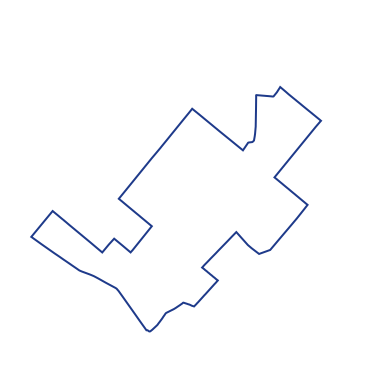 Curcani, Calarasi, Romania, rotated 38°
{"feature_id": "2599482B18753621764646", "entity_name": "Curcani", "entity_type": "district", "adm_level": 2, "iso_a3": "ROU", "parent_name": "Romania", "parent_adm1": "Calarasi", "projection": "mercator", "projection_center": [26.714, 44.275], "detail": "fine", "context": "isolated", "style": "outline", "palette": "blue", "viewbox_px": 384, "rotation_deg": 38, "n_neighbors": 0, "source": "geoboundaries", "source_scale": "gbopen_adm2", "svg_char_len": 2876}
<svg xmlns="http://www.w3.org/2000/svg" viewBox="0 0 384 384"><g transform="rotate(38 192 192)"><path d="M93.0,326.3L105.4,325.8L121.3,325.0L127.1,324.6L132.8,324.3L148.9,323.3L151.1,323.2L152.2,323.0L154.4,322.4L162.2,319.9L164.7,319.2L166.6,318.7L171.1,317.9L179.7,316.6L190.8,314.7L192.2,314.6L193.0,314.8L195.1,315.2L201.2,317.0L221.2,323.0L230.4,325.8L241.2,329.0L241.5,328.6L242.2,328.3L243.0,328.3L243.3,328.3L244.2,328.2L244.3,328.1L244.5,327.9L244.9,327.5L245.0,327.1L245.2,326.2L245.5,325.0L246.0,321.9L246.3,320.0L246.5,318.7L246.6,317.7L246.5,316.4L246.5,314.3L246.4,310.1L246.2,307.9L246.1,305.4L246.0,304.4L246.0,303.8L246.1,303.3L246.3,302.8L247.1,301.1L249.9,295.2L250.8,292.7L251.1,291.7L252.2,288.4L252.6,287.0L252.9,286.1L253.1,285.2L253.1,284.9L253.2,284.7L253.3,284.6L253.5,284.4L254.7,284.0L256.8,283.2L258.6,282.6L259.2,282.3L259.6,282.2L261.0,281.9L262.0,281.7L262.7,281.4L264.1,280.9L264.5,277.2L264.5,276.5L264.6,275.8L264.7,275.1L264.7,274.3L264.8,273.6L264.8,273.3L264.8,272.9L264.9,272.2L264.9,271.5L265.0,270.8L265.0,270.1L265.1,269.4L265.1,268.7L265.2,268.0L265.2,267.2L265.3,266.5L265.3,265.8L265.4,265.1L265.5,264.4L265.5,263.7L265.6,263.0L265.6,262.3L265.7,261.6L265.7,260.9L265.8,260.2L265.8,259.4L265.9,258.7L265.9,258.0L266.0,257.3L266.0,256.6L266.1,255.9L266.1,255.2L266.2,254.5L266.2,253.8L266.3,253.1L266.3,252.4L266.4,251.6L266.4,250.9L266.5,250.2L266.6,249.5L266.6,248.8L266.7,248.0L266.7,247.3L266.8,246.6L266.8,245.8L266.1,245.8L265.3,245.8L264.6,245.8L263.8,245.8L263.1,245.7L262.4,245.7L261.6,245.7L260.9,245.7L260.2,245.7L259.4,245.6L258.7,245.6L258.0,245.6L257.3,245.6L256.6,245.6L255.8,245.5L255.1,245.5L254.4,245.5L253.7,245.5L253.0,245.4L252.2,245.4L251.5,245.4L250.8,245.4L250.1,245.4L249.4,245.3L248.6,245.3L247.9,245.3L247.2,245.3L246.5,245.3L246.7,242.2L247.5,234.8L247.6,233.5L248.5,225.7L248.9,221.5L250.3,208.7L250.9,202.6L251.6,196.3L268.7,199.4L273.7,199.6L283.0,199.5L288.3,191.1L289.3,189.5L290.0,171.2L290.6,156.4L290.9,148.1L291.0,136.4L291.0,133.5L291.0,131.0L261.9,130.1L248.0,129.7L249.1,78.4L249.4,64.3L249.7,57.9L249.8,56.5L249.5,56.5L248.0,56.4L228.9,56.0L208.0,55.5L204.6,55.3L199.9,55.1L196.9,55.0L197.0,55.8L197.2,58.1L197.5,61.2L197.4,66.4L197.1,66.9L194.7,68.4L183.1,76.0L183.0,76.3L184.2,77.8L189.0,84.1L190.9,86.6L201.9,101.2L205.8,107.2L207.2,109.6L209.1,113.2L209.1,114.0L209.0,114.7L208.7,115.6L207.5,116.8L206.3,118.0L206.0,118.4L205.9,118.8L206.0,120.0L206.5,127.8L192.7,127.5L176.5,127.2L150.7,126.5L140.9,126.3L140.9,126.7L140.9,127.8L140.9,129.6L140.7,138.7L140.3,159.5L140.2,165.9L140.0,174.9L140.0,176.6L139.7,185.2L139.5,190.1L138.7,233.8L138.5,242.4L181.4,243.7L181.0,274.0L181.0,274.4L181.0,274.5L180.8,276.8L180.8,277.4L170.1,277.0L159.4,276.7L158.8,284.6L158.5,294.9L142.8,294.3L115.5,293.5L111.1,293.3L93.9,292.8L93.0,326.3Z" fill="none" stroke="#1e3a8a" stroke-width="2"/></g></svg>